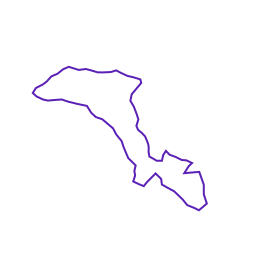 the district of Evrychou, Nicosia, Cyprus, rotated 112°
{"feature_id": "46923920B84453805319018", "entity_name": "Evrychou", "entity_type": "district", "adm_level": 2, "iso_a3": "CYP", "parent_name": "Cyprus", "parent_adm1": "Nicosia", "projection": "equal_earth", "projection_center": [32.917, 35.056], "detail": "fine", "context": "isolated", "style": "outline", "palette": "violet", "viewbox_px": 256, "rotation_deg": 112, "n_neighbors": 0, "source": "geoboundaries", "source_scale": "gbopen_adm2", "svg_char_len": 1162}
<svg xmlns="http://www.w3.org/2000/svg" viewBox="0 0 256 256"><g transform="rotate(112 128 128)"><path d="M168.5,26.6L161.2,32.8L152.2,36.5L142.0,45.5L148.8,58.9L140.6,57.4L136.5,55.5L136.1,61.6L137.5,66.2L137.0,73.2L137.2,79.4L135.0,84.3L140.0,85.2L145.7,84.3L147.6,89.2L146.8,94.4L146.5,97.4L142.6,99.9L138.6,101.4L135.8,102.9L133.0,105.4L129.4,109.0L127.4,113.3L126.0,117.9L122.9,121.0L116.2,121.6L111.7,125.3L105.8,130.8L101.9,136.0L95.4,137.2L86.7,134.4L81.3,132.6L78.3,134.8L79.0,142.3L79.9,148.1L79.5,155.7L79.0,160.5L82.5,164.8L86.0,172.4L87.8,177.2L88.2,182.0L89.1,189.2L92.6,195.4L93.1,201.2L93.5,205.9L97.9,210.2L104.0,213.6L108.9,218.4L115.4,220.8L119.4,223.2L125.5,228.4L131.2,229.4L133.0,224.6L133.4,217.4L132.6,212.6L130.4,208.3L126.4,200.2L126.0,193.5L124.7,184.4L122.9,174.4L127.7,167.7L129.9,161.9L129.5,155.2L131.7,148.5L133.9,141.8L138.3,136.6L142.6,128.9L146.6,125.6L150.1,122.2L155.8,116.5L159.8,106.9L165.5,106.0L169.4,103.6L175.6,103.1L176.0,96.9L176.0,91.6L171.2,90.2L159.8,85.4L162.8,78.2L167.7,75.4L168.5,69.6L169.4,61.5L173.8,50.5L177.3,44.3L177.3,36.6L177.7,31.4L168.5,26.6Z" fill="none" stroke="#5b21b6" stroke-width="2"/></g></svg>